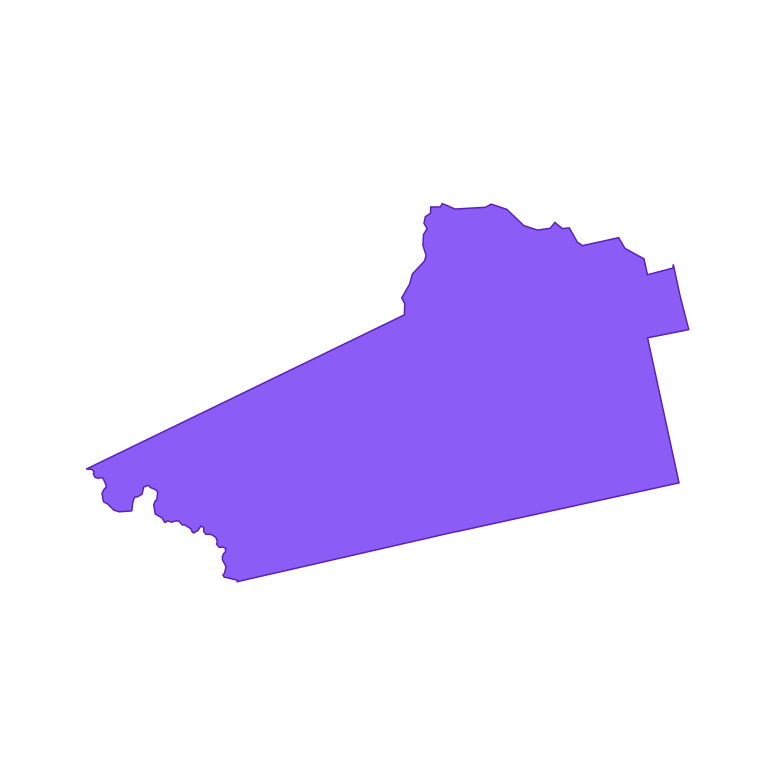 Clearwater, Idaho, United States of America (orthographic projection), rotated 167°
{"feature_id": "52423323B35021459079911", "entity_name": "Clearwater", "entity_type": "district", "adm_level": 2, "iso_a3": "USA", "parent_name": "United States of America", "parent_adm1": "Idaho", "projection": "orthographic", "projection_center": [-115.257, 46.6], "detail": "fine", "context": "isolated", "style": "filled", "palette": "violet", "viewbox_px": 768, "rotation_deg": 167, "n_neighbors": 0, "source": "geoboundaries", "source_scale": "gbopen_adm2", "svg_char_len": 1462}
<svg xmlns="http://www.w3.org/2000/svg" viewBox="0 0 768 768"><g transform="rotate(167 384 384)"><path d="M74.8,368.5L75.7,403.6L75.2,435.5L76.5,432.0L102.7,431.2L102.5,447.4L118.7,461.9L122.4,473.8L159.5,474.2L163.8,479.0L168.3,494.4L175.4,495.4L181.1,503.0L186.9,498.4L199.7,499.4L212.1,506.8L225.0,526.5L239.0,535.1L245.5,533.4L275.4,538.5L286.6,546.7L289.3,543.8L298.6,546.0L300.4,539.8L306.1,537.7L308.9,531.6L307.0,525.7L311.9,520.7L314.9,510.4L314.0,499.9L316.9,494.7L331.6,484.8L336.6,475.5L347.4,463.9L345.7,457.5L348.6,446.8L476.0,417.7L693.2,368.1L687.9,366.6L686.0,363.5L687.5,361.8L686.5,358.1L684.0,356.6L679.4,356.1L678.3,352.4L677.5,346.4L680.5,344.3L683.4,340.8L683.8,332.4L679.9,328.8L675.6,321.8L670.6,319.0L666.1,318.3L659.2,317.2L658.2,317.3L655.1,325.8L652.6,329.7L649.2,329.6L644.5,331.1L641.3,337.7L636.1,338.2L635.0,335.8L629.8,331.9L628.9,329.6L631.4,322.4L633.5,321.3L635.6,318.1L636.1,308.7L630.4,303.5L629.0,298.9L628.2,298.3L625.8,299.4L621.9,297.1L618.8,297.5L614.7,296.7L612.4,292.1L609.7,291.4L604.6,286.2L604.2,283.0L603.0,281.7L598.2,283.1L594.5,286.8L592.0,284.8L592.8,280.9L591.5,277.7L586.3,276.3L582.4,272.5L581.9,267.8L583.2,265.6L581.3,261.9L577.7,261.3L575.3,259.6L576.5,255.8L578.3,254.9L580.3,252.2L581.0,249.0L579.0,241.7L581.9,235.6L583.9,234.1L583.1,231.6L580.7,230.7L571.1,225.8L571.5,224.4L347.9,224.0L345.9,223.8L118.8,221.3L116.8,369.7L74.8,368.5Z" fill="#8b5cf6" stroke="#5b21b6" stroke-width="1.5"/></g></svg>